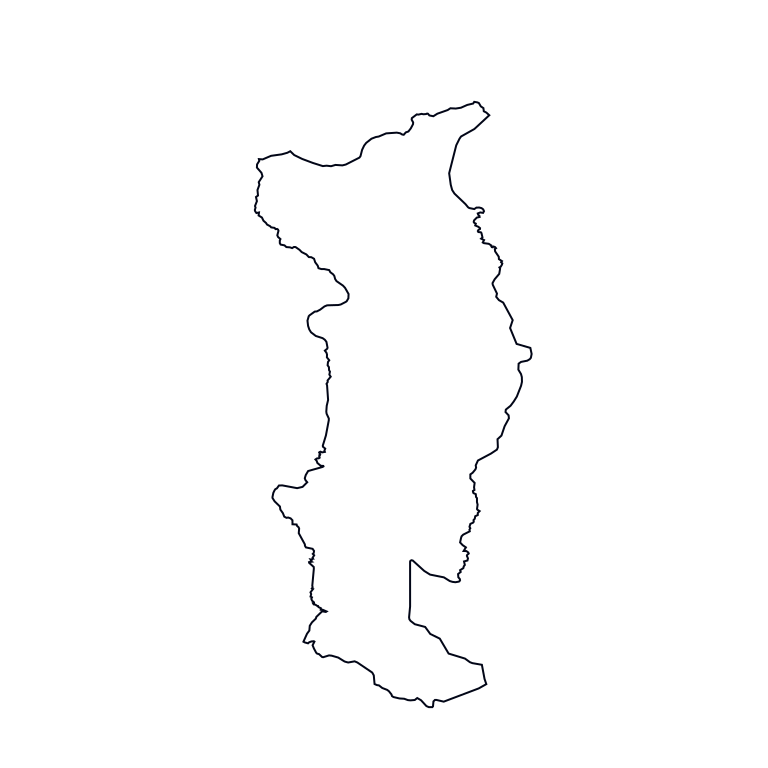 Anouvong, Vientiane, Laos (Natural Earth projection), rotated 287°
{"feature_id": "54806243B81229078685154", "entity_name": "Anouvong", "entity_type": "district", "adm_level": 2, "iso_a3": "LAO", "parent_name": "Laos", "parent_adm1": "Vientiane", "projection": "natural_earth1", "projection_center": [103.023, 18.902], "detail": "fine", "context": "isolated", "style": "outline", "palette": "ink", "viewbox_px": 768, "rotation_deg": 287, "n_neighbors": 0, "source": "geoboundaries", "source_scale": "gbopen_adm2", "svg_char_len": 6142}
<svg xmlns="http://www.w3.org/2000/svg" viewBox="0 0 768 768"><g transform="rotate(287 384 384)"><path d="M114.0,382.3L113.7,383.8L113.8,387.2L115.2,388.0L116.6,389.9L117.5,392.1L117.3,392.8L113.3,392.1L110.6,394.3L107.2,397.7L106.6,398.9L106.7,400.8L104.8,404.7L105.0,405.8L108.4,410.8L108.9,413.4L109.0,420.2L107.1,427.4L107.1,429.2L107.2,431.2L110.2,437.0L109.9,439.9L104.6,457.1L102.4,459.4L94.3,462.7L94.0,465.3L94.3,467.3L92.8,471.2L92.4,476.5L91.6,478.6L89.3,481.9L87.9,482.9L87.4,484.6L87.8,490.7L88.9,495.3L88.7,499.3L89.2,501.8L90.8,505.8L93.4,507.6L92.4,511.9L88.4,518.7L88.1,521.3L89.1,524.7L90.1,525.1L94.9,524.1L96.8,525.1L97.2,526.4L97.7,534.0L120.6,563.6L126.9,569.6L131.3,566.4L144.1,559.7L142.9,550.1L143.1,547.5L145.1,541.7L145.1,524.6L156.8,511.8L158.5,501.3L163.7,494.4L163.3,483.7L165.2,478.7L166.4,477.1L168.2,476.2L178.9,474.0L221.7,460.9L222.7,461.0L223.5,461.8L223.6,463.1L217.0,477.1L215.2,483.8L216.6,497.8L214.8,504.5L214.8,507.3L215.3,510.2L216.6,512.8L217.3,513.8L218.6,514.1L219.7,513.5L220.9,511.6L223.9,510.4L226.7,512.3L228.2,511.2L231.1,513.7L233.0,513.6L234.6,514.2L237.7,512.4L239.6,515.4L241.8,515.3L243.9,513.5L244.9,513.5L246.6,514.6L247.5,513.9L248.3,511.7L247.6,509.0L251.7,510.1L252.9,506.3L254.7,503.1L259.1,502.7L261.0,502.7L263.1,503.8L268.2,509.1L269.7,508.3L271.3,508.7L272.4,507.5L275.5,507.5L277.4,509.7L278.5,510.1L280.0,509.4L281.7,510.2L284.2,509.9L286.1,512.0L288.1,511.4L290.4,512.6L291.0,510.3L291.6,509.5L296.0,508.8L298.3,507.4L302.0,506.3L302.9,505.0L305.5,504.0L305.8,501.5L306.9,500.6L307.7,500.3L309.1,501.5L311.6,500.3L315.9,499.6L318.9,494.2L322.8,493.0L325.0,494.7L329.1,496.4L331.0,496.5L333.0,495.5L338.3,496.2L348.7,506.6L354.3,511.2L356.8,511.4L364.4,508.7L369.0,511.4L378.9,511.7L387.7,513.5L390.5,512.3L392.7,508.4L395.2,508.0L400.2,511.4L405.2,513.2L410.8,514.7L422.4,515.6L426.4,515.3L430.9,513.8L433.6,512.1L437.0,508.3L442.8,506.8L445.2,508.6L448.2,514.2L450.3,516.1L452.0,516.8L455.9,516.4L461.3,513.4L461.1,499.1L474.4,488.2L482.7,488.4L496.7,474.2L497.8,469.4L500.2,465.8L503.5,465.6L510.7,459.0L512.2,458.3L516.5,459.2L523.0,462.0L528.3,461.3L529.2,460.3L530.2,461.3L532.6,461.9L533.9,461.9L534.7,460.4L536.0,460.9L537.0,457.4L539.3,456.5L543.3,451.5L545.5,450.5L546.6,451.4L547.4,450.2L547.5,448.6L546.5,447.9L546.4,447.1L547.1,446.3L547.8,446.3L548.7,443.2L547.9,438.3L548.2,437.1L550.9,437.6L551.4,434.4L553.0,435.3L556.8,433.1L557.4,432.3L556.9,429.8L557.7,429.0L558.8,429.2L560.3,430.5L561.1,430.3L561.9,428.3L562.3,424.9L564.2,424.9L564.5,423.2L565.2,422.4L566.8,422.3L570.3,424.1L571.7,426.6L572.8,426.0L573.3,424.7L574.5,423.8L576.2,425.9L576.6,428.7L578.5,429.1L580.0,427.8L580.7,425.9L580.6,423.5L579.7,420.8L577.7,419.2L577.2,414.1L577.6,412.7L579.8,409.4L586.7,395.7L589.4,392.5L594.0,389.6L604.6,384.7L633.4,383.3L640.7,384.5L643.2,385.3L654.3,395.9L671.8,406.1L673.5,402.5L674.0,399.7L676.9,398.4L677.8,395.4L680.4,392.6L680.6,391.0L680.2,387.8L678.3,387.3L675.2,382.0L670.7,376.8L668.4,372.1L667.1,366.9L664.6,364.8L658.1,356.0L654.5,352.9L654.1,348.9L655.3,347.0L655.2,346.1L654.5,345.4L653.5,342.9L653.3,340.9L651.7,338.2L651.4,336.5L646.4,332.9L644.8,333.2L642.7,335.4L641.0,335.8L636.3,334.9L632.6,333.5L631.0,331.3L628.1,330.0L627.9,328.4L628.5,326.2L628.1,322.7L624.3,312.8L619.1,306.6L617.8,304.0L614.9,300.3L609.4,296.5L606.2,295.3L601.5,294.6L595.0,294.9L593.3,294.3L582.7,283.3L580.9,280.3L579.3,273.5L576.8,269.7L576.0,265.3L574.5,261.8L574.6,251.4L575.3,240.0L576.7,231.2L579.2,226.3L576.9,224.0L573.7,219.0L569.2,209.3L563.3,202.3L562.5,198.6L560.9,199.5L556.9,198.4L553.8,199.2L550.1,205.1L547.1,207.1L540.4,205.2L538.1,206.6L532.5,206.3L527.4,208.4L525.4,206.9L521.7,209.0L516.5,208.6L515.1,209.6L512.6,209.6L511.5,210.3L510.2,212.0L511.5,214.3L508.5,214.8L507.5,218.6L504.9,221.0L503.5,224.1L502.3,225.5L501.6,229.0L500.8,230.3L501.3,233.7L500.4,235.0L501.0,236.4L500.7,237.5L499.7,238.3L495.0,238.5L493.6,239.7L492.3,242.6L490.7,242.4L488.2,243.2L487.1,244.4L487.5,248.3L486.4,250.6L487.2,254.2L487.1,256.4L488.7,257.8L489.1,259.4L487.6,264.0L486.1,266.7L485.2,271.9L483.4,275.0L484.0,277.4L483.3,280.5L480.3,282.6L477.8,286.0L475.6,287.5L475.6,290.5L476.4,293.0L476.9,298.3L475.2,300.0L474.0,303.3L472.8,304.9L470.1,306.6L468.5,308.5L466.1,316.0L464.6,318.6L459.7,323.8L455.5,324.9L452.2,324.1L451.3,323.4L447.4,319.4L446.2,317.3L442.6,306.6L440.8,304.4L436.4,301.2L433.8,298.6L433.0,296.6L427.9,292.7L426.8,292.2L422.2,292.3L417.4,294.4L414.3,296.6L412.1,299.1L410.0,304.7L409.9,311.9L409.0,314.5L407.5,316.6L402.2,319.4L401.2,319.4L398.6,317.7L397.1,319.8L395.5,320.9L392.8,321.6L390.7,324.7L388.7,324.0L385.4,324.6L384.0,326.4L381.2,327.4L380.0,328.7L377.0,329.0L375.4,330.9L370.9,329.0L369.5,329.6L367.3,329.0L366.2,329.9L352.4,335.2L346.4,335.6L340.7,336.9L338.8,337.8L334.9,341.3L333.2,341.8L317.8,343.5L307.2,343.5L306.2,343.9L305.0,346.7L302.9,346.5L301.8,347.3L300.5,344.8L300.7,343.0L299.9,342.1L299.5,342.0L298.2,343.5L297.2,343.0L296.9,343.5L295.9,343.2L294.7,344.0L293.9,343.4L293.2,341.6L291.8,340.5L290.9,342.0L289.0,343.4L287.3,347.4L287.9,349.9L287.5,350.2L286.7,349.5L278.6,336.9L274.1,335.8L270.7,335.8L269.0,337.1L267.6,339.3L261.8,336.2L259.0,331.4L257.3,316.4L256.2,313.2L252.9,312.1L251.6,310.8L250.2,310.4L247.6,310.0L243.3,310.4L242.4,310.7L239.8,313.7L236.4,320.3L233.6,321.6L230.9,325.1L228.0,327.4L227.5,329.9L228.3,331.4L228.2,334.0L226.9,336.3L223.1,337.5L224.1,341.5L223.0,342.2L222.0,344.2L221.0,345.1L216.4,346.1L207.5,355.2L206.2,355.7L204.9,357.1L205.5,363.9L203.9,365.9L201.8,366.2L200.7,365.6L199.8,367.3L196.8,366.5L196.2,367.2L196.0,366.6L194.8,366.4L194.7,365.1L193.9,366.0L193.0,365.6L192.8,366.6L191.7,364.4L191.1,364.7L188.5,370.3L186.9,370.9L170.1,374.4L168.7,375.2L167.4,374.8L167.2,376.1L163.3,374.6L161.8,375.8L159.2,375.9L158.9,377.5L157.3,377.3L155.8,378.5L154.7,380.9L154.1,381.1L153.6,380.2L152.7,381.2L152.9,382.9L152.2,385.3L152.4,385.8L151.5,386.6L151.1,389.2L149.6,389.5L150.2,391.1L149.7,395.6L149.0,395.0L148.6,391.6L147.8,390.9L141.5,387.4L139.7,387.4L135.0,384.8L131.1,383.7L126.4,384.7L122.7,383.4L114.0,382.3Z" fill="none" stroke="#020617" stroke-width="2"/></g></svg>